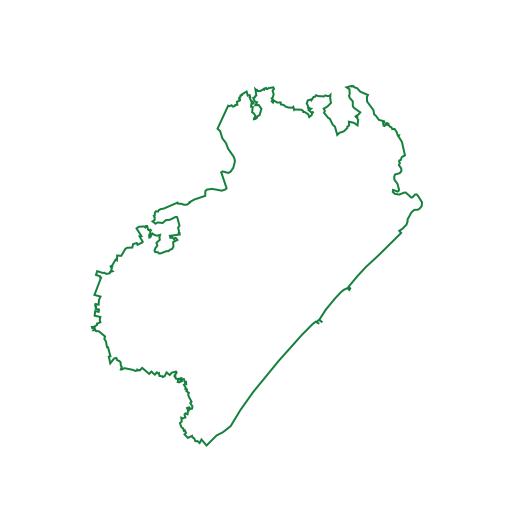 outline of Tuxpan, Veracruz, Mexico, rotated 67°
{"feature_id": "50627088B36827584115772", "entity_name": "Tuxpan", "entity_type": "district", "adm_level": 2, "iso_a3": "MEX", "parent_name": "Mexico", "parent_adm1": "Veracruz", "projection": "albers", "projection_center": [-97.453, 20.934], "detail": "fine", "context": "isolated", "style": "outline", "palette": "green", "viewbox_px": 512, "rotation_deg": 67, "n_neighbors": 0, "source": "geoboundaries", "source_scale": "gbopen_adm2", "svg_char_len": 6104}
<svg xmlns="http://www.w3.org/2000/svg" viewBox="0 0 512 512"><g transform="rotate(67 256 256)"><path d="M411.1,375.6L405.8,362.4L405.3,355.4L402.7,345.8L391.8,330.7L380.3,312.1L361.2,275.7L346.7,244.9L340.7,230.3L339.8,226.8L343.1,224.2L340.3,226.2L339.4,223.0L343.0,220.8L339.6,222.6L339.2,222.3L332.7,212.8L326.0,199.9L322.4,191.8L321.4,188.1L321.3,184.4L323.7,183.4L322.7,182.0L320.5,182.8L314.3,170.8L309.0,159.0L303.4,143.3L291.5,113.4L288.8,114.3L288.2,110.7L286.0,105.3L283.3,102.9L281.5,102.2L276.5,95.7L275.4,92.2L276.6,89.1L276.4,87.1L274.7,83.9L271.4,82.2L263.8,83.4L262.0,84.2L261.6,85.6L263.1,89.0L262.9,90.2L256.2,93.3L255.5,94.8L255.5,100.0L253.1,103.8L250.5,105.1L248.7,104.0L252.0,100.5L251.7,99.1L250.7,98.4L244.8,97.6L239.7,98.8L236.7,97.6L235.3,96.1L235.9,91.4L234.7,89.0L232.1,88.1L228.2,89.0L226.6,87.2L225.0,87.4L224.0,86.7L224.2,85.3L221.9,83.1L221.6,79.6L208.1,77.1L201.6,78.1L200.9,77.3L200.6,78.4L196.7,78.1L193.2,78.8L192.5,81.0L190.4,81.1L189.6,82.0L187.4,82.7L186.8,83.9L185.7,84.0L185.7,82.8L184.8,83.4L184.7,84.8L186.0,85.7L186.5,87.0L185.8,87.7L182.7,86.8L182.9,85.7L182.1,85.4L178.7,89.7L173.9,90.8L171.7,91.9L167.7,90.9L157.2,93.4L152.9,91.8L151.5,90.0L145.5,95.8L141.0,97.4L139.0,99.7L137.7,99.9L137.5,101.4L136.8,101.4L136.1,106.7L139.0,104.8L143.4,106.4L144.9,107.8L147.3,107.9L151.4,106.5L156.1,108.4L158.3,107.7L164.5,103.9L165.8,106.3L166.4,109.8L167.0,109.8L167.7,108.4L169.0,109.1L170.5,108.7L175.4,111.5L171.7,113.8L168.7,118.0L172.3,119.3L172.6,121.3L173.9,122.1L175.6,126.5L175.2,131.2L176.3,133.9L167.8,132.8L165.0,134.1L158.5,134.4L157.3,135.5L150.8,137.4L149.3,135.9L146.8,136.1L146.3,131.8L144.4,127.2L139.6,126.0L136.8,124.6L137.3,125.7L136.8,127.6L135.2,129.5L135.7,131.0L133.1,136.3L131.5,137.9L132.5,139.7L132.1,140.9L134.3,144.1L133.4,144.2L133.0,147.5L135.4,149.7L138.9,149.5L139.6,150.2L140.5,150.1L140.5,149.4L141.9,147.8L142.4,150.5L145.5,148.9L145.9,146.7L146.5,148.5L148.0,149.7L148.9,152.7L145.9,152.6L142.4,155.0L142.0,156.2L140.8,156.0L139.0,157.2L136.3,163.1L136.5,163.8L133.3,163.4L133.7,164.7L131.9,168.3L130.0,170.4L127.8,171.5L126.2,173.9L124.3,173.3L123.0,176.6L120.4,178.4L120.0,179.1L121.4,180.4L119.7,181.1L118.5,179.3L117.1,180.0L116.6,178.7L114.2,176.6L110.2,176.1L109.2,174.1L107.5,174.2L106.4,178.7L106.8,180.5L106.0,181.4L105.3,181.2L105.1,183.1L106.1,183.7L105.4,184.3L105.9,187.7L104.8,189.9L103.4,190.2L103.2,191.0L102.2,191.4L108.4,193.0L108.7,194.7L109.5,195.1L109.5,196.8L113.5,196.7L114.9,195.0L117.0,197.6L118.1,194.5L122.6,193.5L127.8,197.7L127.8,199.8L129.1,201.1L129.6,202.9L129.3,204.5L128.6,204.2L127.3,201.9L124.3,202.1L122.2,203.4L117.5,200.8L116.6,202.2L114.3,200.9L114.6,198.8L112.5,199.0L112.8,199.9L107.8,199.9L107.8,199.3L105.4,199.0L105.2,200.9L100.9,200.4L101.8,206.1L102.3,206.1L102.2,207.6L103.3,208.0L103.6,209.5L104.7,210.2L105.5,209.4L106.5,210.0L106.6,213.3L109.5,214.1L108.8,216.1L109.7,217.0L109.3,219.1L107.7,219.6L107.7,221.9L106.8,222.9L123.8,241.7L127.0,240.2L134.4,241.0L140.5,239.5L146.2,239.8L155.6,237.8L158.7,237.9L160.6,238.4L165.9,242.4L168.5,246.5L168.7,249.1L165.1,253.7L165.4,255.3L182.1,256.6L182.8,258.2L182.5,262.0L177.1,270.1L175.7,275.2L176.4,277.2L180.8,279.3L179.9,290.5L180.5,296.2L181.0,296.1L181.8,299.4L180.7,302.3L179.0,304.0L177.3,307.4L176.2,307.4L176.3,322.4L175.6,325.4L175.8,327.6L176.8,328.9L175.7,330.6L176.6,332.1L179.1,333.4L179.2,334.4L181.3,334.2L183.4,335.5L183.7,337.7L187.0,335.9L186.7,333.4L189.1,329.1L187.8,324.9L189.0,321.0L188.6,314.7L189.1,313.6L190.5,313.5L198.2,314.6L199.6,316.7L203.0,317.2L204.5,318.1L204.9,317.4L206.4,317.8L203.8,327.4L205.9,327.7L206.2,325.7L208.5,325.0L207.7,323.4L208.2,322.7L210.5,322.1L210.8,326.8L215.2,328.4L216.8,330.6L216.6,332.4L217.3,334.7L216.6,336.4L216.3,343.0L215.8,344.3L214.2,344.8L213.0,347.3L211.3,347.3L209.2,345.2L208.0,342.8L205.0,342.5L203.5,338.2L201.0,337.6L199.1,336.1L198.7,338.9L197.4,340.8L194.8,342.6L197.4,346.0L197.3,347.0L194.9,346.1L194.6,345.7L195.3,345.8L194.1,344.6L191.8,343.6L191.3,342.7L190.4,343.1L190.7,344.2L189.7,345.0L185.9,344.5L185.4,345.5L186.5,346.7L185.0,347.6L183.3,352.5L183.9,355.2L192.9,353.7L192.4,355.5L198.7,354.7L199.1,355.3L199.4,360.7L197.5,360.7L197.0,364.4L199.9,366.6L198.1,371.3L198.3,373.3L203.2,380.0L201.3,383.6L205.7,385.7L204.5,386.7L208.6,392.2L208.7,393.4L209.5,392.8L209.7,393.8L210.9,393.4L212.5,394.9L214.0,394.0L213.7,396.6L214.8,397.4L213.9,400.9L212.1,402.2L211.8,403.6L207.9,408.1L210.9,410.7L213.8,407.4L215.0,407.8L215.4,407.1L228.7,419.9L232.6,415.0L235.1,417.7L239.3,419.9L237.5,422.5L238.7,423.4L239.6,423.5L240.0,422.9L242.0,424.2L244.0,421.4L245.9,422.7L243.9,425.5L247.9,427.9L251.3,423.1L253.9,424.9L256.2,425.1L256.1,428.7L257.3,429.2L257.9,432.7L257.2,434.8L258.4,434.9L258.3,434.1L259.5,432.7L260.8,434.6L261.4,432.7L262.6,432.6L264.0,430.0L271.1,426.4L273.1,428.0L276.2,427.5L280.7,428.6L281.9,428.7L282.2,427.9L291.4,429.2L291.1,430.8L297.9,432.1L294.9,426.7L295.3,424.4L297.7,424.5L299.2,422.8L301.1,422.2L304.1,423.3L305.7,422.9L307.6,424.8L308.1,424.1L307.8,421.0L312.7,413.8L314.6,412.0L315.1,409.8L314.3,409.6L315.9,407.6L314.5,404.5L322.8,400.4L321.5,397.5L325.7,395.5L324.4,392.7L326.4,391.7L326.2,391.1L328.7,391.7L330.2,389.1L330.9,389.2L331.0,387.2L328.2,383.8L331.9,381.9L330.5,379.2L331.1,374.8L332.5,374.7L333.9,377.4L334.7,377.0L335.5,377.3L335.4,377.9L337.9,377.5L338.8,375.3L341.4,377.3L342.3,376.0L342.2,373.2L339.4,374.5L339.8,373.6L339.0,373.0L339.3,372.3L340.7,372.5L341.1,370.5L345.3,370.7L345.0,369.8L346.5,370.3L345.8,370.9L346.4,372.7L349.3,372.1L351.0,373.0L351.4,371.8L353.0,372.1L353.3,372.8L355.8,371.3L356.7,372.4L358.5,372.8L365.0,372.3L365.6,373.9L369.7,373.3L371.5,374.5L371.2,376.0L369.1,376.7L369.0,378.9L370.2,378.8L370.2,377.3L370.8,376.8L372.1,378.5L371.9,379.1L374.9,380.9L373.3,382.4L373.9,383.7L377.0,384.1L376.9,386.9L375.7,387.9L379.4,389.1L380.1,391.3L384.3,391.6L386.1,390.5L388.7,390.7L388.5,389.7L391.4,389.5L392.2,391.5L396.8,389.8L396.6,385.1L398.2,385.3L399.9,384.1L402.8,384.2L403.5,382.2L406.1,381.0L403.6,377.9L411.1,375.6Z" fill="none" stroke="#15803d" stroke-width="2"/></g></svg>